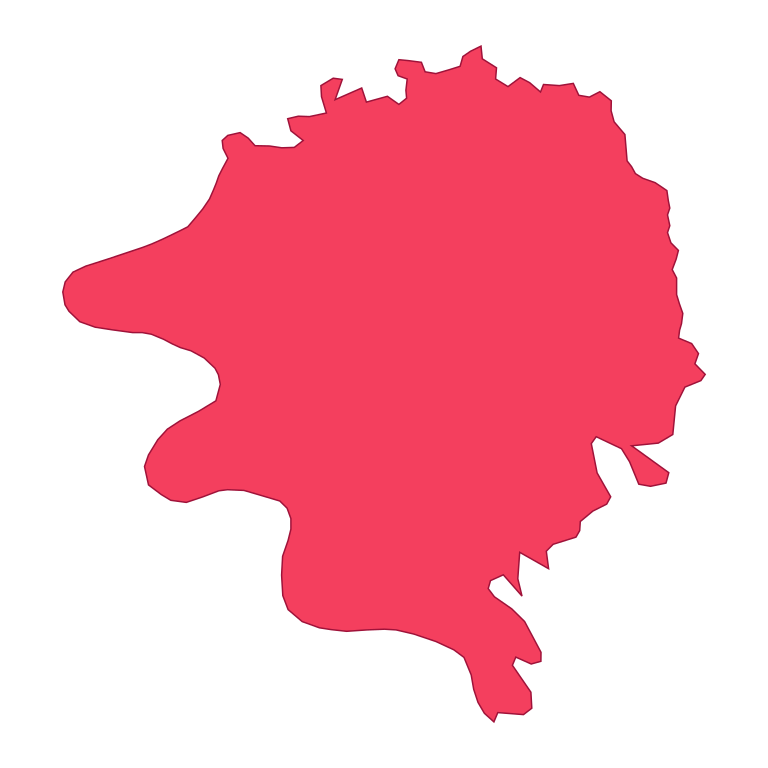 Derrubadas, Rio Grande do Sul, Brazil (Equal Earth projection), rotated 270°
{"feature_id": "56859067B9967974442205", "entity_name": "Derrubadas", "entity_type": "district", "adm_level": 2, "iso_a3": "BRA", "parent_name": "Brazil", "parent_adm1": "Rio Grande do Sul", "projection": "equal_earth", "projection_center": [-53.889, -27.229], "detail": "fine", "context": "isolated", "style": "filled", "palette": "rose", "viewbox_px": 768, "rotation_deg": 270, "n_neighbors": 0, "source": "geoboundaries", "source_scale": "gbopen_adm2", "svg_char_len": 2578}
<svg xmlns="http://www.w3.org/2000/svg" viewBox="0 0 768 768"><g transform="rotate(270 384 384)"><path d="M550.0,195.3L541.2,187.8L536.8,179.1L528.8,162.5L524.1,151.9L520.6,142.7L508.6,106.8L501.9,85.8L495.9,73.0L486.1,65.2L476.0,62.8L463.2,65.0L456.7,69.0L446.3,79.8L440.8,95.2L438.2,112.1L435.4,132.8L435.4,142.3L433.8,151.3L428.8,163.4L424.1,172.3L420.4,180.4L417.2,191.0L410.0,204.2L399.8,215.0L393.3,218.4L383.6,220.3L367.2,215.9L356.6,198.4L347.2,180.1L338.9,167.4L328.3,157.8L313.1,148.5L301.5,144.5L283.1,148.5L273.5,161.2L267.7,170.8L265.6,186.3L271.1,202.7L277.2,218.8L278.3,227.5L277.6,243.9L273.2,259.0L267.0,279.8L259.8,287.1L249.4,290.9L238.8,290.9L227.6,288.1L211.7,282.6L192.9,281.6L172.4,282.8L158.4,288.1L146.4,302.2L140.2,319.4L138.4,331.1L136.7,346.6L138.1,367.0L138.8,384.4L138.1,396.1L134.0,413.6L126.5,435.9L118.2,453.8L110.6,464.0L93.1,471.2L78.7,473.7L65.6,478.0L54.7,484.4L46.1,493.9L55.4,497.8L53.4,523.5L59.8,531.8L75.8,530.9L102.7,512.4L110.9,515.8L104.0,531.2L106.7,540.9L115.7,541.0L146.5,524.6L159.1,511.8L171.2,494.4L179.4,488.2L187.4,490.5L193.2,503.3L171.9,522.0L189.3,517.8L215.7,519.7L199.3,548.6L216.8,546.3L223.7,553.1L230.9,576.0L237.4,579.7L246.5,580.3L256.9,592.8L263.9,606.7L271.2,610.7L295.1,597.1L324.4,591.3L331.3,596.2L319.3,621.5L306.2,629.6L283.8,638.8L281.7,650.5L284.9,666.0L295.3,668.8L322.2,631.6L324.9,658.3L333.5,672.8L362.1,675.6L380.9,684.9L387.4,700.9L393.6,705.2L404.2,694.9L414.4,698.5L424.4,691.7L429.9,678.6L437.8,679.6L444.3,681.5L454.6,682.8L464.2,679.4L473.4,676.6L481.7,676.6L490.0,676.6L498.4,672.2L509.0,676.2L517.6,678.4L525.2,670.9L535.4,667.5L542.3,669.8L553.1,667.5L559.9,669.8L567.5,668.3L577.4,666.9L585.3,655.2L589.7,642.8L594.4,635.4L601.3,631.6L607.1,627.1L633.5,624.9L639.7,619.6L646.2,614.1L657.3,611.1L667.2,611.3L676.3,599.9L670.9,589.4L672.7,578.8L684.6,573.3L682.4,559.4L683.5,543.5L676.0,540.5L685.3,529.7L690.4,520.1L681.4,508.0L689.0,495.6L700.2,496.5L709.2,482.3L721.9,481.0L716.8,470.6L711.5,462.9L701.7,460.1L698.3,449.3L694.4,435.9L696.2,425.1L705.7,421.4L707.4,408.3L708.3,398.9L699.2,395.1L692.3,398.1L689.0,407.2L677.7,405.9L669.8,406.6L663.6,398.9L671.7,387.4L665.9,366.4L680.0,361.7L668.3,335.1L688.6,342.3L689.8,333.2L682.4,320.9L671.3,321.5L655.0,326.4L651.4,309.4L651.8,298.3L649.3,287.7L637.2,290.9L627.5,303.2L620.6,294.3L620.2,281.8L622.0,269.6L622.3,255.0L629.9,248.2L635.4,240.1L632.6,227.8L627.5,222.2L619.5,223.1L609.7,228.0L599.5,222.5L592.2,218.8L585.0,216.3L578.1,213.5L569.0,209.5L559.0,202.7L550.0,195.3Z" fill="#f43f5e" stroke="#9f1239" stroke-width="1.5"/></g></svg>